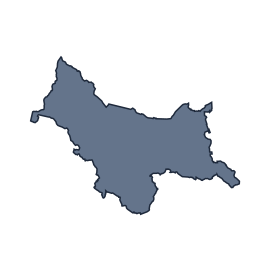 Bratca, Bihor, Romania, rotated 73°
{"feature_id": "2599482B94251984599688", "entity_name": "Bratca", "entity_type": "district", "adm_level": 2, "iso_a3": "ROU", "parent_name": "Romania", "parent_adm1": "Bihor", "projection": "robinson", "projection_center": [22.609, 46.899], "detail": "fine", "context": "isolated", "style": "filled", "palette": "slate", "viewbox_px": 256, "rotation_deg": 73, "n_neighbors": 0, "source": "geoboundaries", "source_scale": "gbopen_adm2", "svg_char_len": 5857}
<svg xmlns="http://www.w3.org/2000/svg" viewBox="0 0 256 256"><g transform="rotate(73 128 128)"><path d="M92.7,219.0L93.4,218.5L93.7,217.8L94.0,217.6L94.7,216.6L95.0,216.5L95.6,215.4L95.7,215.1L95.1,213.8L95.1,213.5L94.6,212.5L94.0,211.9L93.1,211.5L92.9,211.1L91.4,210.3L90.3,211.1L89.5,210.5L89.2,209.6L94.3,200.7L94.5,199.8L96.0,198.6L97.1,196.7L97.6,196.4L100.8,195.1L103.2,195.1L105.0,194.3L106.2,192.9L107.9,190.6L110.1,188.6L110.2,187.5L110.1,186.7L110.8,186.1L112.8,185.6L113.5,186.2L114.7,186.7L116.0,186.6L118.0,186.0L120.5,186.0L123.2,186.3L124.8,184.9L126.9,184.4L129.1,183.4L129.3,183.2L129.1,182.0L129.5,181.2L130.3,180.5L132.8,180.0L134.1,180.9L134.6,181.5L133.7,183.2L133.5,183.8L133.7,184.7L133.0,185.1L132.5,185.8L133.3,186.0L134.5,187.0L135.4,187.3L138.0,185.7L138.3,184.6L138.9,184.3L138.3,183.0L138.4,182.5L139.0,182.2L140.1,182.1L140.5,182.3L141.8,181.5L142.6,180.5L143.5,180.4L144.8,179.8L145.2,178.4L146.2,178.6L146.9,178.5L146.7,177.3L147.4,176.0L147.4,174.5L147.8,173.4L148.0,171.9L148.3,171.6L151.9,171.4L153.1,171.5L154.8,170.8L155.4,170.8L156.2,170.1L158.1,169.6L161.4,170.8L163.2,172.0L164.1,171.2L164.0,170.7L165.0,170.3L167.4,169.9L168.5,172.2L169.3,172.1L169.2,172.5L169.5,173.6L170.0,173.4L169.8,174.1L170.3,174.3L171.2,175.9L174.1,176.2L174.3,176.9L174.8,176.9L174.8,177.8L175.8,177.6L178.6,175.5L179.2,174.8L180.8,173.9L182.3,171.8L183.1,171.9L184.3,172.7L184.9,172.4L186.6,172.5L187.7,172.1L187.6,171.0L186.3,169.7L184.9,169.2L184.8,168.8L183.4,168.3L183.4,168.0L181.5,167.6L183.2,166.6L183.7,165.5L185.6,162.8L185.7,161.6L189.9,158.2L190.6,157.1L191.5,157.1L191.8,155.9L192.5,155.8L194.0,156.7L195.0,156.8L199.3,156.2L200.7,156.6L201.0,156.0L201.2,153.6L201.6,152.9L202.5,152.6L204.1,152.8L205.5,152.2L210.5,148.3L210.7,147.6L210.1,147.1L210.2,146.8L210.8,146.9L211.3,146.4L211.6,145.6L211.5,145.3L212.5,144.5L212.3,142.8L212.7,142.0L212.6,141.3L213.3,140.9L214.2,141.1L213.7,134.2L213.0,132.0L212.5,131.5L211.1,131.2L208.0,129.6L205.3,126.0L205.3,125.4L204.0,124.3L202.3,123.7L201.2,123.9L198.7,121.2L198.6,120.8L197.3,119.8L195.4,118.0L195.2,117.4L194.6,117.4L194.8,118.2L192.8,118.3L191.7,118.8L190.1,118.8L188.9,118.3L188.3,119.2L187.5,119.3L186.5,120.4L183.3,119.8L182.8,119.5L182.5,119.1L181.0,119.4L180.7,119.6L180.5,120.1L180.7,120.9L180.4,121.1L180.2,121.0L179.8,120.6L178.7,117.2L179.7,113.9L179.7,113.2L179.9,112.4L181.3,111.0L182.2,110.9L181.4,109.2L181.7,108.1L181.1,106.0L180.7,105.4L178.5,103.6L178.7,103.4L178.8,102.3L179.2,102.0L179.2,101.2L180.2,100.1L181.2,99.7L182.3,99.9L182.7,100.8L182.8,100.7L183.2,99.0L183.2,98.1L183.6,97.1L184.2,96.6L184.3,96.1L184.7,95.7L184.1,95.2L184.2,94.4L184.9,93.8L185.6,93.8L186.7,93.2L190.4,90.3L192.5,84.8L193.4,83.5L193.3,82.6L193.7,81.6L194.2,81.2L194.1,80.9L194.2,80.7L196.0,79.8L196.7,78.9L196.8,78.2L197.0,78.2L196.9,78.0L195.0,77.2L196.9,75.6L198.2,73.8L199.5,72.9L199.8,72.1L199.4,71.2L199.3,70.0L199.0,69.0L199.0,68.5L199.3,68.1L199.6,66.6L200.8,65.4L201.1,64.9L201.1,63.4L200.8,62.2L199.9,62.0L199.9,61.7L199.2,61.1L199.1,60.0L198.5,59.5L198.6,58.5L198.4,57.9L198.4,56.7L198.1,56.5L200.2,56.2L200.6,55.9L201.0,55.0L202.3,54.3L203.6,53.0L206.8,51.8L208.2,50.4L208.6,50.3L209.9,49.2L210.9,48.0L211.9,48.0L215.2,46.5L215.5,45.1L214.7,44.3L214.3,43.6L214.2,42.7L213.8,41.8L214.2,40.5L213.9,37.9L211.5,37.0L207.9,39.0L207.1,39.6L206.7,40.2L206.1,40.5L204.2,40.5L201.4,38.5L200.1,39.0L199.6,39.7L199.4,41.1L198.9,41.6L197.7,41.7L195.5,44.1L193.9,44.8L192.2,45.0L192.3,45.3L190.9,45.5L189.7,46.1L189.1,46.6L188.2,48.0L187.0,48.9L186.6,49.4L186.4,50.8L185.9,52.5L187.3,52.6L186.8,54.6L186.2,55.0L186.1,56.2L185.7,56.4L185.2,56.2L185.2,56.5L183.8,57.0L182.2,56.5L181.5,56.5L179.8,56.9L178.7,57.5L177.0,57.0L177.4,55.2L175.5,54.9L174.8,56.9L171.5,56.1L170.5,56.2L169.9,55.9L169.3,55.1L166.9,53.1L164.5,52.3L163.0,52.7L162.1,54.6L159.7,56.6L156.7,57.0L156.5,56.6L155.1,56.1L154.5,55.6L154.1,52.3L156.4,51.9L156.3,50.8L152.7,51.0L152.7,51.7L147.5,51.9L147.4,51.4L142.9,51.5L141.6,50.9L140.8,49.7L139.8,49.9L139.6,50.3L138.3,51.1L134.9,50.2L136.2,46.5L136.1,45.9L135.4,44.9L136.8,45.2L135.6,42.8L134.3,42.5L133.9,42.0L127.9,40.5L128.9,44.7L129.0,46.6L129.3,47.6L130.0,47.6L131.2,49.2L131.5,51.1L132.3,53.0L133.1,54.2L132.1,55.1L132.0,55.4L132.5,56.1L131.8,57.5L131.8,58.1L131.5,59.5L130.8,59.4L130.3,61.0L129.3,61.8L129.3,62.3L128.3,62.4L128.6,62.9L126.0,64.4L124.8,64.1L123.8,63.3L122.0,62.9L122.3,63.9L122.3,64.9L121.7,66.2L121.6,68.4L122.1,69.7L126.3,77.8L128.2,79.9L129.1,80.9L129.8,82.4L131.5,84.1L131.5,84.6L130.8,88.3L127.3,98.6L126.7,98.5L126.7,99.1L125.6,100.3L125.7,100.7L126.3,101.2L125.3,103.1L124.2,105.8L123.1,107.1L119.4,109.4L118.4,110.9L118.8,111.6L116.2,115.1L115.7,115.5L114.0,116.0L112.6,116.0L110.4,117.7L111.0,119.9L99.6,139.1L99.5,139.5L100.2,140.0L101.7,142.8L96.5,144.8L94.5,145.2L89.1,148.4L86.4,150.5L85.6,150.7L84.7,150.5L82.8,149.6L80.9,147.8L79.0,148.6L77.4,148.6L76.3,148.0L76.1,148.2L75.0,148.5L74.1,149.4L73.4,149.7L73.3,150.6L72.9,151.6L72.9,152.2L71.6,152.6L70.3,153.7L70.3,155.9L69.4,156.5L68.2,157.1L67.9,157.4L66.6,157.2L66.0,157.5L63.7,157.8L62.2,157.5L60.1,157.5L59.5,157.9L59.5,158.3L58.9,158.5L58.8,159.1L59.0,159.4L58.8,159.9L57.2,160.1L53.6,163.7L53.2,163.5L52.5,163.9L51.7,164.9L51.6,165.6L49.1,168.2L46.7,168.6L44.7,170.8L43.2,171.0L41.4,170.9L40.5,171.3L43.6,175.3L45.6,176.5L49.1,177.8L52.1,180.4L53.0,180.2L54.8,180.3L56.2,181.1L57.3,181.2L57.9,181.6L59.5,181.3L61.3,181.9L61.9,182.9L61.8,183.6L62.5,184.2L64.0,184.7L64.1,186.8L65.0,187.9L66.2,188.4L66.4,188.7L67.2,188.6L69.5,189.1L70.0,189.6L69.8,189.9L69.9,190.6L70.9,191.4L72.1,193.3L73.4,194.5L73.7,195.5L74.5,196.3L74.4,197.8L75.9,199.9L77.3,200.5L80.8,200.9L82.4,201.8L83.3,201.9L85.4,202.8L85.7,203.6L85.4,204.7L85.4,206.1L86.1,208.9L85.7,210.4L85.2,210.8L85.2,211.7L84.5,213.5L84.7,214.4L92.7,219.0Z" fill="#64748b" stroke="#1e293b" stroke-width="1.5"/></g></svg>